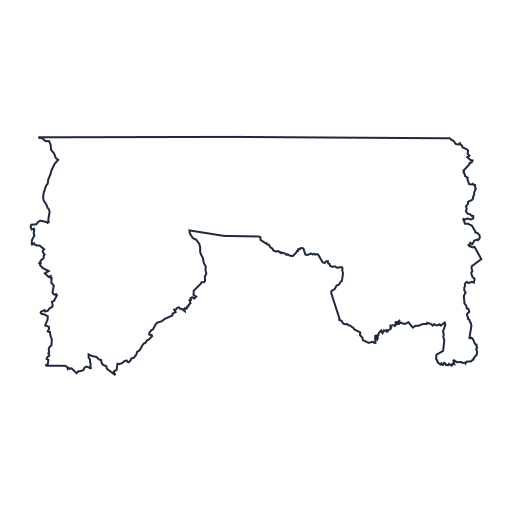 Colniza, Mato Grosso, Brazil
{"feature_id": "56859067B44233830293285", "entity_name": "Colniza", "entity_type": "district", "adm_level": 2, "iso_a3": "BRA", "parent_name": "Brazil", "parent_adm1": "Mato Grosso", "projection": "robinson", "projection_center": [-60.12, -9.423], "detail": "fine", "context": "isolated", "style": "outline", "palette": "slate", "viewbox_px": 512, "rotation_deg": 0, "n_neighbors": 0, "source": "geoboundaries", "source_scale": "gbopen_adm2", "svg_char_len": 5999}
<svg xmlns="http://www.w3.org/2000/svg" viewBox="0 0 512 512"><path d="M46.4,365.7L65.3,365.8L67.2,367.2L67.9,369.0L68.8,367.9L69.7,368.8L71.5,368.3L76.6,373.2L78.5,371.1L79.3,371.4L83.3,370.2L84.2,368.1L85.9,366.8L86.6,366.6L91.5,368.6L90.2,367.3L90.7,363.9L90.0,362.0L90.0,359.7L88.6,357.5L88.6,354.4L92.1,356.1L96.2,356.8L99.2,359.6L101.1,360.0L101.4,362.1L102.6,364.6L106.4,366.3L106.8,368.7L115.3,375.1L113.8,371.9L114.3,371.0L116.5,370.1L117.5,363.7L119.1,364.1L121.8,363.3L124.7,360.9L126.7,360.5L127.5,361.9L128.8,362.3L130.7,360.1L131.4,358.4L133.7,357.9L136.4,354.5L137.2,351.8L139.6,350.3L142.8,344.7L144.2,343.2L145.5,342.9L147.0,340.4L149.1,339.3L152.1,336.2L151.7,335.0L149.4,334.7L149.1,333.4L150.9,330.6L153.1,329.2L155.8,324.1L157.1,322.7L161.8,321.2L164.8,318.9L172.3,315.5L172.5,313.7L175.6,312.1L174.2,309.7L175.8,309.6L177.1,308.0L178.8,307.3L180.0,308.7L181.9,309.0L184.7,311.1L184.2,308.7L184.8,308.1L186.3,308.8L187.1,308.0L187.1,306.6L188.5,306.2L188.7,304.8L190.5,303.2L189.5,300.2L190.9,300.0L190.6,298.1L192.3,297.2L194.2,298.6L196.2,296.6L193.5,294.9L193.8,290.6L200.6,283.9L201.6,282.2L204.0,282.2L204.8,281.3L205.1,280.4L204.8,276.3L205.9,274.8L206.3,273.3L205.5,270.3L205.7,266.3L203.8,263.1L202.9,258.0L201.0,254.5L200.1,251.7L200.2,247.7L199.3,243.9L196.3,239.8L192.8,238.1L189.9,233.6L189.4,230.4L223.9,235.9L258.7,236.5L260.4,237.2L260.5,239.9L265.2,243.0L266.7,243.3L266.6,244.0L267.1,244.4L268.9,244.7L270.3,247.3L272.3,248.5L273.5,250.6L276.4,251.6L278.1,251.0L280.6,252.9L281.1,253.1L281.2,252.4L285.1,253.5L286.6,254.9L287.6,254.3L289.6,255.6L292.8,256.1L296.4,252.4L296.8,251.1L297.9,251.0L298.2,249.2L299.9,249.2L300.4,248.2L301.7,248.0L303.4,248.5L305.3,254.4L306.3,254.9L308.0,254.8L310.8,253.5L312.9,254.5L314.0,253.8L315.4,254.6L316.4,254.2L318.1,254.5L322.6,262.3L324.7,263.0L326.1,261.4L327.8,261.1L328.2,263.5L329.6,264.0L330.1,265.8L331.9,266.8L335.0,266.4L336.8,267.7L341.8,267.1L342.4,267.8L342.3,270.4L343.0,273.5L341.9,280.9L340.9,281.5L338.9,284.6L336.6,285.5L334.7,289.1L331.7,290.8L331.1,292.8L339.6,319.0L339.2,319.8L341.7,321.0L343.2,323.6L345.4,324.4L347.1,323.9L348.5,325.3L350.0,325.5L353.5,328.1L354.5,329.5L360.0,332.3L360.3,333.0L359.9,335.1L362.5,337.8L362.9,340.2L368.6,342.8L373.1,341.8L374.5,343.1L375.5,342.8L375.3,338.9L376.1,338.7L377.2,339.6L377.9,337.6L377.6,336.8L375.2,337.5L375.3,335.8L378.4,335.1L378.7,333.3L381.1,330.4L382.5,333.2L384.0,330.3L385.2,330.9L386.2,330.3L386.7,331.6L387.6,331.6L387.8,330.4L390.5,329.0L391.2,327.6L390.3,327.0L390.4,325.6L393.9,325.2L394.8,326.0L395.8,325.0L395.5,322.4L396.1,322.0L396.8,322.4L397.3,324.0L399.0,324.0L399.2,323.4L398.3,323.4L397.7,322.0L399.3,320.8L399.9,323.1L401.0,322.7L403.7,323.8L405.4,323.8L408.4,322.2L412.8,327.6L415.5,325.8L418.4,325.8L422.5,324.1L426.7,324.0L427.1,322.8L431.1,324.1L432.7,325.6L434.0,324.2L435.9,325.3L438.3,325.2L439.5,324.3L440.8,325.6L444.7,322.5L445.3,324.8L443.0,331.4L443.8,334.7L443.3,336.9L444.3,340.4L443.1,350.9L436.3,354.8L436.1,359.1L437.4,360.6L437.3,361.9L440.4,364.6L441.4,363.3L442.7,365.0L443.3,364.8L444.2,362.8L445.6,363.8L446.2,365.1L448.1,365.2L448.9,363.9L451.2,365.5L452.0,364.4L452.2,365.0L453.4,363.8L454.3,364.1L453.4,360.6L454.0,360.2L456.9,362.2L461.2,362.0L462.7,363.0L465.0,362.6L465.5,363.5L466.4,361.7L471.3,361.3L472.8,359.5L473.6,359.5L473.8,358.0L476.7,354.7L477.1,351.4L476.2,349.4L477.1,347.6L476.6,347.0L476.5,344.7L475.8,344.7L474.6,343.1L473.0,339.2L471.5,337.7L470.1,338.3L469.4,338.0L471.4,325.8L470.8,322.9L469.8,321.8L469.3,319.6L467.9,318.8L468.2,317.8L467.0,315.4L467.2,313.7L469.3,311.8L468.6,309.5L468.2,308.8L466.8,308.5L466.2,305.6L464.5,303.6L463.8,296.0L465.6,292.4L464.4,290.7L464.2,287.9L465.0,285.9L464.8,284.1L466.2,282.2L466.8,281.9L468.5,283.0L471.9,281.9L473.9,282.6L474.6,278.9L472.5,277.0L471.4,273.9L471.3,272.5L472.3,271.4L471.5,267.7L471.8,266.2L481.3,259.1L474.5,246.9L472.4,247.4L471.1,246.9L470.6,246.0L469.4,246.2L468.5,245.1L469.5,244.6L470.3,242.8L472.4,244.2L474.2,240.7L477.0,239.5L477.6,240.2L478.8,239.4L479.8,237.8L479.5,235.1L477.3,233.0L475.4,232.5L475.2,231.2L471.9,225.7L468.1,223.8L465.0,223.7L463.5,219.8L463.5,219.0L465.3,219.5L467.5,218.5L471.0,219.5L473.3,218.4L473.2,215.9L471.9,216.1L470.4,214.5L467.7,213.7L466.2,211.8L465.9,211.2L466.7,209.1L466.0,206.3L467.9,204.0L468.2,201.7L471.9,200.0L473.2,198.5L473.0,196.7L474.2,194.7L474.1,192.5L475.9,188.7L475.2,187.8L475.1,185.1L473.6,184.8L473.0,183.8L471.9,184.5L469.1,184.1L467.3,178.9L467.7,177.7L464.9,175.9L464.8,174.1L463.7,172.7L464.0,171.5L463.5,171.3L463.6,170.4L469.3,164.4L469.6,162.8L471.6,162.5L472.6,160.5L470.5,160.0L467.3,157.2L469.4,155.7L467.6,153.7L468.1,150.7L466.8,149.3L462.4,147.3L462.0,145.6L460.4,144.7L460.0,143.3L458.2,144.5L455.9,144.1L453.3,140.6L451.5,140.0L449.9,138.3L233.4,136.9L39.2,137.3L39.4,138.0L41.6,137.9L45.7,141.2L49.0,141.1L50.6,144.6L51.1,149.8L54.2,153.7L55.7,157.9L58.2,159.9L54.7,163.7L51.2,171.0L50.6,173.9L48.3,179.3L47.7,183.7L46.1,185.6L43.6,193.2L43.1,198.0L43.7,200.6L46.4,204.6L47.6,207.9L49.0,209.5L49.6,212.0L48.3,219.5L48.6,222.3L47.5,222.9L46.6,222.0L40.3,220.7L38.1,221.9L36.3,224.3L31.4,224.7L30.7,226.8L30.8,227.9L31.9,229.6L33.8,228.6L34.3,229.4L33.7,233.8L34.4,235.4L31.9,240.2L31.8,243.8L32.1,244.6L34.1,243.3L34.7,244.6L36.5,245.4L39.7,245.6L44.2,249.3L43.2,250.2L42.7,251.7L44.6,254.6L43.8,255.6L43.5,258.4L41.1,260.2L39.4,263.0L40.7,263.2L39.9,265.0L42.7,268.0L48.7,271.1L44.8,273.3L48.7,277.0L50.7,276.0L50.8,278.2L51.6,278.1L51.3,282.8L53.8,285.6L52.5,292.5L53.7,294.3L55.1,294.7L56.1,294.1L56.9,295.2L54.0,301.0L51.9,301.7L52.7,305.2L52.2,307.0L49.8,308.1L47.6,310.9L45.3,311.5L44.5,310.1L40.8,311.9L40.6,312.6L41.7,314.0L43.8,314.2L47.8,316.3L47.6,319.4L45.2,325.4L48.9,326.8L48.9,329.1L47.7,331.3L48.1,331.8L49.9,331.9L50.5,335.9L51.8,339.3L51.5,345.1L49.1,347.7L48.7,349.5L49.2,352.0L48.3,353.4L49.1,354.3L49.2,355.8L47.7,356.7L46.6,358.9L48.4,359.9L47.8,363.9L46.1,365.0L46.4,365.7Z" fill="none" stroke="#1e293b" stroke-width="2"/></svg>